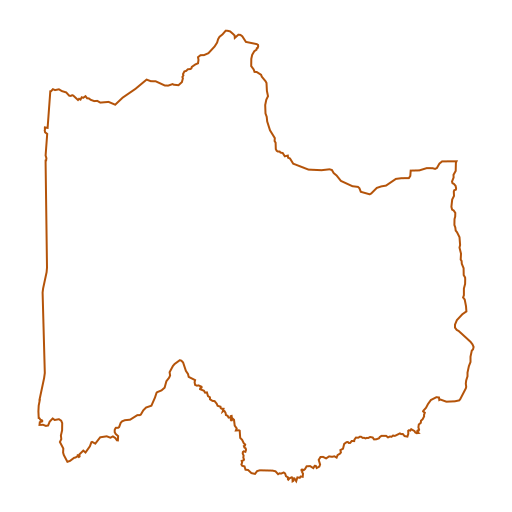 Pailitas, Cesar, Colombia (Natural Earth projection)
{"feature_id": "7082276B45441685254380", "entity_name": "Pailitas", "entity_type": "district", "adm_level": 2, "iso_a3": "COL", "parent_name": "Colombia", "parent_adm1": "Cesar", "projection": "natural_earth1", "projection_center": [-73.578, 8.949], "detail": "fine", "context": "isolated", "style": "outline", "palette": "amber", "viewbox_px": 512, "rotation_deg": 0, "n_neighbors": 0, "source": "geoboundaries", "source_scale": "gbopen_adm2", "svg_char_len": 5957}
<svg xmlns="http://www.w3.org/2000/svg" viewBox="0 0 512 512"><path d="M50.3,91.3L47.6,127.9L44.9,127.4L44.8,128.2L45.1,128.8L44.7,130.3L45.1,132.3L47.2,133.9L45.6,155.5L46.4,158.2L46.1,160.4L45.6,160.5L45.6,162.9L47.0,267.6L46.6,272.2L43.1,288.5L42.6,292.5L44.8,373.0L44.1,378.1L39.5,399.8L39.8,399.9L38.7,405.6L38.4,411.3L38.7,418.0L39.3,418.1L40.5,419.9L41.8,420.2L42.3,420.9L42.2,421.4L39.8,422.2L39.5,424.9L43.1,424.8L45.9,425.9L48.1,425.5L49.7,421.6L52.7,418.5L54.7,420.0L58.9,419.2L61.2,420.7L62.2,423.1L62.1,430.3L60.9,435.5L61.3,439.1L59.9,442.0L63.3,448.5L63.1,452.6L63.8,455.0L67.4,461.8L70.0,460.9L74.1,457.8L75.6,457.5L77.6,456.0L78.1,456.5L78.5,456.1L79.0,456.9L79.4,456.6L78.7,455.5L79.5,455.7L79.4,454.4L83.3,450.6L85.5,452.5L89.9,446.3L91.4,442.2L92.1,441.9L95.3,443.6L100.2,437.3L106.7,436.3L110.4,437.7L112.9,436.4L115.4,438.1L116.9,440.3L117.9,440.4L118.1,436.1L115.7,434.0L114.7,432.2L114.7,429.9L115.4,428.4L115.9,427.8L118.1,427.8L119.1,427.1L120.7,422.8L122.1,421.3L124.9,420.2L130.1,419.7L137.4,415.1L139.8,415.1L140.8,414.6L143.3,410.3L146.1,407.5L151.4,405.7L155.0,397.5L156.5,392.9L157.1,392.2L161.5,390.4L164.6,387.7L166.4,381.2L169.1,377.7L170.1,375.5L169.6,372.2L172.9,366.0L174.6,364.0L179.8,360.2L181.4,360.7L183.1,362.5L185.9,370.9L188.0,374.0L188.7,376.9L195.1,380.1L194.6,382.2L195.1,384.9L196.9,385.7L198.5,385.4L201.5,386.7L201.6,387.5L200.2,388.3L200.1,389.2L203.9,390.7L205.1,392.7L206.9,392.4L208.0,396.1L209.9,397.3L210.0,399.3L212.5,400.9L214.6,401.1L216.7,403.7L217.6,405.8L220.5,406.7L220.7,408.0L221.5,408.7L223.5,408.8L222.7,411.5L223.7,410.7L224.5,411.1L225.6,413.0L225.9,415.0L227.6,415.8L228.6,417.6L230.8,417.6L230.8,416.1L231.6,415.9L231.8,417.3L230.8,419.8L231.1,420.3L231.8,420.3L232.9,418.8L234.0,419.8L234.7,425.6L236.7,428.4L235.9,430.5L238.9,430.3L239.7,430.7L240.2,437.9L242.1,439.8L243.8,443.3L245.2,444.5L244.9,445.6L243.9,446.1L244.4,447.5L245.7,448.4L246.0,449.9L245.4,451.8L243.7,451.3L242.9,452.0L242.7,453.5L243.6,455.6L243.3,457.5L244.0,459.5L243.6,460.3L241.7,460.9L242.1,462.6L241.4,464.5L242.2,465.8L244.5,466.4L245.5,469.7L248.1,470.0L251.4,473.1L255.0,473.9L257.1,471.1L259.8,470.3L272.5,470.6L275.5,471.3L278.1,474.2L279.6,473.3L281.0,473.6L283.7,472.5L285.1,473.5L286.0,476.2L288.0,477.4L287.9,479.2L288.3,479.7L289.7,478.2L291.8,477.3L292.5,478.5L292.6,481.3L293.3,480.9L293.9,478.3L294.4,478.3L296.2,481.2L297.4,477.4L299.8,477.8L300.6,476.5L302.7,476.8L303.0,473.6L302.2,472.4L302.4,471.0L301.5,470.6L301.5,469.8L302.0,469.5L303.9,470.0L305.0,469.1L306.6,466.3L310.1,466.1L313.3,468.1L314.7,465.8L315.8,465.9L316.7,468.0L319.3,466.6L320.1,464.5L318.7,459.9L320.5,457.0L323.0,456.9L326.1,458.4L329.1,456.4L332.1,456.8L334.4,456.3L336.6,457.6L337.6,455.1L339.9,453.7L340.9,452.5L340.4,450.1L343.0,448.7L344.2,443.9L346.5,442.2L347.8,442.0L348.8,443.0L350.2,442.9L351.7,441.0L354.2,441.1L354.4,439.7L355.9,437.6L358.3,437.7L359.9,436.7L361.1,436.8L362.7,437.9L364.1,437.8L365.5,438.4L366.7,437.9L368.2,438.0L370.1,437.0L372.7,437.5L374.0,439.4L376.2,439.3L379.0,438.3L379.7,437.1L381.4,435.9L386.2,435.9L388.0,437.4L390.0,436.5L391.5,436.8L393.1,435.5L394.1,435.9L395.3,435.7L399.9,433.4L401.1,434.1L402.8,434.0L404.6,436.1L407.4,436.6L408.3,433.8L408.2,430.8L409.0,430.2L410.3,430.6L411.2,429.2L414.5,431.1L415.2,432.4L416.6,433.2L418.5,433.0L417.4,431.9L417.2,431.1L417.6,430.5L418.6,430.7L419.1,429.8L418.4,427.3L418.8,424.5L420.8,422.8L421.0,420.7L422.6,419.3L424.1,416.4L424.0,414.9L424.8,412.7L423.1,411.4L423.3,410.8L426.0,407.8L428.0,404.0L430.9,400.0L436.4,397.2L439.0,397.5L439.3,400.0L440.3,399.5L446.4,401.7L454.9,401.3L459.2,400.4L460.2,399.2L465.8,388.4L466.2,386.9L465.8,383.6L466.2,380.4L467.5,376.3L467.5,372.6L468.9,366.1L470.5,362.0L470.5,356.7L471.8,350.6L473.0,349.4L473.6,347.0L472.5,344.4L470.6,341.9L458.7,331.0L456.7,329.9L455.0,327.6L455.0,324.6L456.9,320.1L462.4,314.2L466.4,311.4L466.0,306.2L464.7,299.5L463.1,297.5L463.9,295.2L463.9,288.5L465.1,284.0L465.2,279.2L465.1,277.5L463.7,275.1L463.6,268.2L461.8,263.8L461.6,261.0L460.7,259.6L461.0,253.7L459.5,247.6L460.1,245.0L459.5,237.2L457.0,232.2L455.7,230.6L455.3,227.5L454.4,225.0L454.5,219.1L455.2,216.5L455.3,212.9L453.7,210.5L452.1,209.6L451.4,206.8L452.2,199.5L454.0,195.9L453.8,191.6L454.2,190.3L455.9,189.6L456.1,188.3L455.6,185.9L454.0,184.0L452.5,183.2L452.0,181.6L453.6,177.5L453.5,174.8L455.7,170.9L455.9,162.7L456.5,161.3L442.1,161.4L439.4,163.6L436.9,168.0L435.1,168.9L432.6,168.2L426.8,168.1L419.3,170.4L410.7,170.6L410.3,175.9L408.9,178.1L401.4,178.2L395.9,178.9L386.0,185.6L381.3,186.4L376.8,187.9L371.2,193.5L369.7,194.3L360.8,191.8L359.4,188.2L358.0,186.9L352.4,186.2L340.9,180.9L336.6,175.5L333.7,173.1L331.9,170.0L329.5,169.3L321.5,170.2L308.5,169.6L293.2,163.7L290.0,158.5L288.1,157.7L287.8,155.6L284.8,156.3L282.7,153.0L280.5,152.6L279.6,151.5L277.8,151.5L276.7,150.8L275.8,149.1L275.6,142.7L274.6,141.0L274.8,138.1L270.0,130.3L267.2,121.5L266.7,116.8L265.5,113.5L265.2,105.0L266.3,99.7L268.0,96.2L266.9,90.9L266.5,83.0L265.6,81.3L261.8,76.7L261.1,74.8L256.7,72.0L254.5,71.9L253.7,69.5L251.2,66.1L251.3,58.8L252.2,54.8L254.3,51.2L256.5,49.7L256.8,48.2L257.6,48.0L258.2,46.4L258.0,44.9L256.7,44.1L245.9,41.9L242.3,36.3L240.4,34.9L238.4,34.7L234.8,37.9L234.6,35.5L232.9,33.8L230.1,31.4L227.7,30.8L225.7,30.7L222.5,34.4L219.5,36.8L218.1,39.2L217.1,42.6L214.6,46.5L208.4,53.2L204.0,55.1L200.5,55.2L198.0,57.2L198.5,59.9L198.0,63.3L195.4,64.4L191.8,66.9L191.5,68.1L190.6,69.0L187.8,69.3L186.2,70.9L184.4,71.4L183.0,74.1L183.4,75.4L182.4,77.0L182.9,78.3L181.9,82.1L178.5,85.2L173.7,84.7L172.6,84.1L168.2,85.6L164.8,85.5L155.7,81.3L150.8,81.2L146.6,79.6L135.4,88.9L122.7,97.6L115.2,104.7L108.6,101.9L100.3,102.6L97.3,100.9L94.2,101.1L90.7,99.8L88.8,98.4L87.1,98.3L85.5,96.2L83.2,97.8L81.7,97.3L80.5,99.6L79.1,98.8L78.0,100.0L73.3,95.6L72.2,95.2L70.8,95.9L69.2,95.7L66.2,92.4L61.9,91.1L58.9,89.3L55.0,90.1L52.9,89.2L51.1,91.2L50.3,91.3Z" fill="none" stroke="#b45309" stroke-width="2"/></svg>